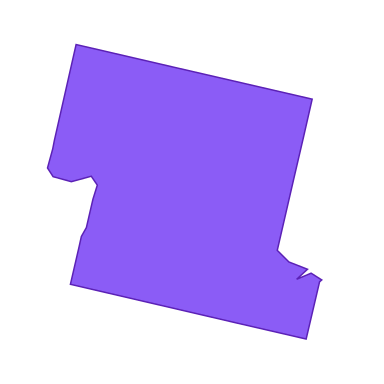 Shawnee, Kansas, United States of America (Natural Earth projection), rotated 193°
{"feature_id": "52423323B43181650652677", "entity_name": "Shawnee", "entity_type": "district", "adm_level": 2, "iso_a3": "USA", "parent_name": "United States of America", "parent_adm1": "Kansas", "projection": "natural_earth1", "projection_center": [-95.755, 39.043], "detail": "fine", "context": "isolated", "style": "filled", "palette": "violet", "viewbox_px": 384, "rotation_deg": 193, "n_neighbors": 0, "source": "geoboundaries", "source_scale": "gbopen_adm2", "svg_char_len": 492}
<svg xmlns="http://www.w3.org/2000/svg" viewBox="0 0 384 384"><g transform="rotate(193 192 192)"><path d="M338.1,309.6L337.7,211.2L337.4,202.7L338.2,182.9L330.8,175.7L311.9,174.9L293.7,184.7L285.8,177.4L286.9,162.7L286.9,133.6L289.8,123.8L289.7,113.9L289.7,74.7L118.4,74.4L47.7,74.4L47.5,133.2L45.8,135.5L57.7,139.7L70.4,130.5L62.1,142.7L81.8,145.6L95.8,154.3L95.8,191.4L95.8,230.5L95.7,269.8L95.8,309.5L239.1,309.5L338.1,309.6Z" fill="#8b5cf6" stroke="#5b21b6" stroke-width="1.5"/></g></svg>